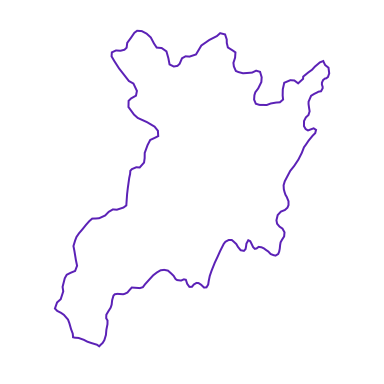 Kletsk, Minsk, Belarus, rotated 94°
{"feature_id": "67162791B94687657655016", "entity_name": "Kletsk", "entity_type": "district", "adm_level": 2, "iso_a3": "BLR", "parent_name": "Belarus", "parent_adm1": "Minsk", "projection": "equal_earth", "projection_center": [26.695, 52.952], "detail": "fine", "context": "isolated", "style": "outline", "palette": "violet", "viewbox_px": 384, "rotation_deg": 94, "n_neighbors": 0, "source": "geoboundaries", "source_scale": "gbopen_adm2", "svg_char_len": 3545}
<svg xmlns="http://www.w3.org/2000/svg" viewBox="0 0 384 384"><g transform="rotate(94 192 192)"><path d="M345.2,300.5L345.5,298.7L345.5,295.0L347.0,289.6L348.6,286.0L349.7,281.8L351.0,276.1L352.4,273.8L350.7,272.4L348.8,270.6L345.9,269.1L340.6,267.9L335.3,267.8L329.8,267.1L326.1,267.3L323.9,268.8L320.4,268.9L316.8,267.1L313.1,265.1L310.0,264.3L305.4,264.1L300.8,263.1L299.4,261.9L298.8,259.3L298.8,256.3L298.8,253.6L298.3,252.1L296.8,249.4L294.3,247.6L291.5,245.4L291.5,240.3L291.5,237.3L290.4,234.4L287.3,232.4L282.2,228.4L277.8,224.9L274.7,221.4L272.3,217.9L271.6,214.3L272.1,210.5L274.7,207.1L276.9,204.5L280.0,202.3L280.9,200.7L281.1,196.7L279.7,194.0L280.0,192.0L283.9,190.4L286.8,188.0L286.6,185.5L284.1,183.7L282.4,181.2L282.4,179.1L283.9,176.4L286.5,173.3L286.1,170.9L283.2,169.4L279.5,169.1L274.4,168.4L269.2,167.0L260.8,164.3L254.9,162.0L248.9,159.8L241.5,156.7L239.3,155.2L237.3,152.0L237.1,149.0L238.4,147.2L240.8,144.2L243.6,142.3L246.7,139.4L247.1,136.1L245.2,134.6L242.8,134.3L239.7,134.1L236.2,132.5L237.0,130.5L239.0,129.3L242.7,127.2L244.3,125.4L243.8,123.6L242.1,121.7L242.3,118.8L243.2,116.4L244.7,114.1L246.0,111.8L248.4,109.2L249.3,106.3L249.6,104.2L247.9,101.8L247.8,101.7L245.5,100.9L242.4,100.5L238.8,100.4L236.0,100.1L233.4,98.9L229.9,97.0L225.8,96.9L222.2,99.2L220.4,102.3L217.7,104.9L214.3,105.8L209.0,104.9L205.3,101.9L203.5,98.1L201.0,95.7L198.3,94.8L194.5,95.1L190.4,97.1L188.2,98.6L185.5,99.7L182.8,100.6L178.9,101.1L174.8,100.2L164.1,95.5L158.9,91.9L152.2,88.1L145.3,85.2L139.5,83.4L137.0,81.8L132.5,79.2L127.3,75.5L124.7,73.2L121.4,72.6L120.0,75.1L121.4,78.2L122.5,80.6L121.3,83.0L118.5,84.9L113.4,85.2L109.6,83.6L107.1,81.2L103.3,80.3L99.4,81.2L96.0,81.9L93.7,82.0L87.7,79.9L85.5,76.8L84.2,74.5L83.1,72.8L82.5,70.3L79.4,68.9L78.0,69.0L75.8,69.9L73.8,70.0L71.1,69.0L69.5,67.2L69.3,66.1L67.8,64.4L64.1,63.4L58.5,64.5L56.8,67.0L56.0,68.1L53.2,69.7L52.2,70.2L53.8,73.5L55.4,75.1L58.3,78.1L61.7,80.8L64.5,84.2L69.1,89.1L71.4,89.1L76.2,93.7L73.6,97.7L73.6,101.7L76.6,107.6L83.2,108.6L89.4,108.3L93.4,107.6L96.4,110.6L96.9,114.3L98.2,119.6L100.0,123.5L100.4,130.8L99.5,134.5L95.5,136.5L91.1,136.5L88.1,135.8L84.1,133.2L77.5,130.5L72.7,130.5L67.4,132.5L66.5,136.5L68.7,140.4L69.5,145.8L70.0,149.4L69.1,154.1L68.2,156.7L63.8,159.0L60.3,159.7L55.0,158.4L49.7,158.4L47.9,161.4L45.3,166.3L40.9,167.7L37.4,168.0L32.5,170.0L31.6,175.0L34.7,178.0L39.1,185.3L45.2,192.9L54.5,197.6L57.1,203.9L57.1,207.9L59.3,211.3L65.0,213.3L67.2,215.3L68.1,218.9L66.3,223.3L60.2,224.9L53.5,227.3L50.5,232.3L50.4,237.3L46.5,240.3L40.7,243.9L37.2,248.3L35.0,253.3L35.0,258.0L37.2,260.6L42.5,263.7L47.7,267.0L52.6,267.3L54.8,269.3L56.0,272.9L56.1,273.4L56.1,277.7L58.3,281.7L62.3,281.7L66.7,278.7L73.8,273.4L85.7,262.7L87.9,258.0L95.0,254.0L99.8,254.6L102.9,259.3L105.5,261.6L111.7,261.3L118.8,255.3L121.9,251.3L125.4,241.9L129.4,233.9L133.3,230.3L138.6,229.6L140.4,232.6L143.0,237.3L148.3,239.6L156.3,241.9L161.5,241.6L166.0,241.9L171.2,245.9L171.2,249.3L173.4,253.6L175.2,255.0L178.3,255.0L182.3,255.6L192.4,256.3L198.6,256.6L205.2,256.6L210.0,256.6L212.3,259.3L214.9,265.7L214.9,269.7L217.6,273.7L221.5,277.0L224.6,282.7L225.1,285.7L225.5,289.7L228.2,292.4L232.1,295.4L237.0,298.8L241.0,301.8L244.9,304.1L248.5,305.2L254.2,306.5L259.0,305.2L267.9,303.1L273.6,301.5L278.9,303.1L281.1,307.5L283.3,311.2L286.9,312.9L295.7,314.5L300.1,313.5L308.1,315.5L311.6,318.9L317.8,320.6L320.0,318.2L321.7,314.2L323.5,311.2L327.9,306.8L331.4,305.2L337.2,303.1L341.6,301.1L345.1,300.5L345.2,300.5Z" fill="none" stroke="#5b21b6" stroke-width="2"/></g></svg>